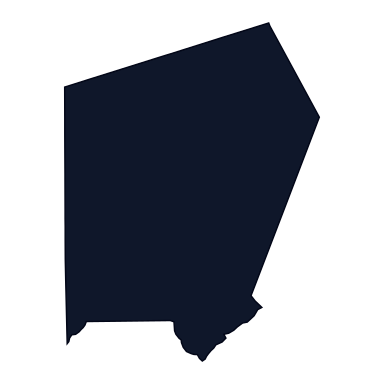 outline of Altos, Piauí, Brazil
{"feature_id": "56859067B36301945264464", "entity_name": "Altos", "entity_type": "district", "adm_level": 2, "iso_a3": "BRA", "parent_name": "Brazil", "parent_adm1": "Piauí", "projection": "albers", "projection_center": [-42.484, -5.023], "detail": "fine", "context": "isolated", "style": "filled", "palette": "ink", "viewbox_px": 384, "rotation_deg": 0, "n_neighbors": 0, "source": "geoboundaries", "source_scale": "gbopen_adm2", "svg_char_len": 927}
<svg xmlns="http://www.w3.org/2000/svg" viewBox="0 0 384 384"><path d="M319.3,117.2L282.4,49.1L269.9,26.1L268.7,23.0L224.8,36.7L169.5,54.2L166.8,55.0L159.1,57.4L91.9,78.5L64.7,87.1L64.8,118.0L64.8,132.1L65.0,174.8L65.0,177.9L65.1,208.9L65.1,218.3L65.2,226.3L65.2,230.6L65.2,235.9L65.2,239.1L65.3,259.6L65.7,279.0L67.2,343.6L68.8,341.6L69.6,338.0L71.8,334.8L75.6,334.3L79.1,331.8L81.2,329.4L83.1,327.6L84.9,325.1L86.3,321.5L170.3,320.5L174.0,321.8L174.6,330.8L175.9,334.2L179.1,338.3L181.2,339.9L181.5,342.7L183.3,347.4L186.5,351.5L191.2,353.6L193.8,354.4L197.4,354.6L199.5,358.4L202.3,361.0L205.1,359.1L206.5,356.3L208.4,353.7L211.0,350.6L213.7,348.1L215.9,344.8L222.1,342.0L225.9,338.1L223.8,334.3L228.7,333.2L231.6,331.5L233.8,330.2L237.3,326.9L242.6,323.0L247.2,322.1L250.7,318.9L254.1,315.7L257.7,309.6L261.8,307.4L255.1,301.0L251.0,295.7L283.8,210.1L319.3,117.2Z" fill="#0f172a" stroke="#020617" stroke-width="1.5"/></svg>